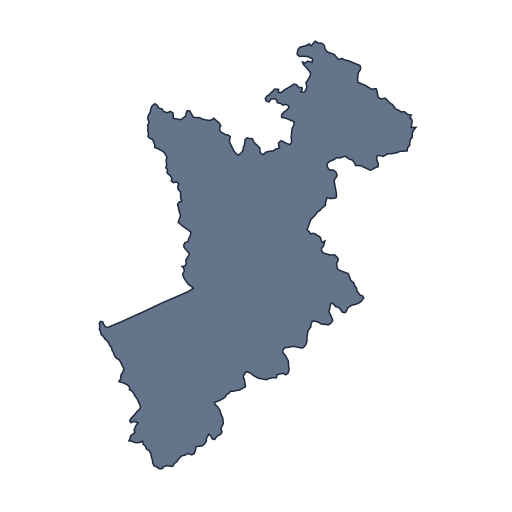 the district of Itaperuna, Rio de Janeiro, Brazil, rotated 93°
{"feature_id": "56859067B34570142953070", "entity_name": "Itaperuna", "entity_type": "district", "adm_level": 2, "iso_a3": "BRA", "parent_name": "Brazil", "parent_adm1": "Rio de Janeiro", "projection": "robinson", "projection_center": [-41.922, -21.215], "detail": "fine", "context": "isolated", "style": "filled", "palette": "slate", "viewbox_px": 512, "rotation_deg": 93, "n_neighbors": 0, "source": "geoboundaries", "source_scale": "gbopen_adm2", "svg_char_len": 6097}
<svg xmlns="http://www.w3.org/2000/svg" viewBox="0 0 512 512"><g transform="rotate(93 256 256)"><path d="M92.6,139.4L91.0,142.4L85.7,143.5L82.6,144.8L83.4,149.4L80.0,155.5L77.1,163.5L74.4,163.8L67.8,163.5L65.6,162.1L63.2,161.2L60.3,162.1L56.2,173.8L55.5,177.8L54.2,180.4L55.4,184.0L50.6,188.4L48.6,195.0L47.1,196.9L45.0,198.0L41.9,199.0L40.0,201.6L40.1,204.8L38.4,208.2L43.3,212.1L41.3,214.1L42.9,216.2L45.3,223.2L47.7,224.9L50.1,225.3L52.6,225.4L54.4,223.1L54.0,218.9L54.1,214.6L55.2,212.5L56.0,209.9L59.7,210.0L58.7,214.7L60.7,216.7L59.8,219.8L62.1,218.8L67.9,213.0L70.6,211.0L73.2,211.4L77.9,213.6L80.2,215.2L84.9,214.0L87.8,215.0L90.0,216.6L89.8,219.8L87.5,218.6L85.4,218.9L85.4,222.3L82.9,224.4L82.3,227.2L84.7,230.2L88.0,235.4L91.4,239.5L91.6,242.2L88.4,242.2L88.3,246.1L90.8,248.1L92.3,249.8L94.4,251.2L95.6,253.4L98.2,255.0L100.7,254.0L101.5,251.0L98.5,249.2L98.0,246.1L99.2,243.3L101.7,242.9L102.5,239.1L104.0,237.1L103.1,234.7L103.7,232.0L105.7,230.8L108.7,232.9L111.0,236.0L113.9,237.9L116.3,237.6L116.9,233.3L120.0,225.0L123.7,225.1L126.2,226.5L129.3,226.8L135.7,227.1L140.5,226.3L143.0,227.8L142.1,231.0L139.5,236.9L141.9,239.5L144.7,239.1L147.0,238.3L148.2,242.0L150.2,244.4L150.6,247.8L151.8,251.6L154.4,254.1L153.1,256.6L151.1,257.6L148.0,257.8L145.7,260.2L143.8,262.7L141.7,264.4L139.1,265.7L139.0,268.7L138.5,271.3L140.5,273.0L145.7,273.4L148.3,274.4L151.2,274.6L153.4,275.8L156.1,278.8L154.9,281.1L152.6,283.3L143.2,288.6L138.2,287.9L136.5,290.3L136.6,292.7L135.4,294.5L134.3,297.2L132.4,298.8L129.8,299.0L127.9,298.0L125.4,299.3L122.2,303.5L120.5,305.3L122.0,306.8L123.0,309.2L122.8,312.6L122.0,317.0L120.7,319.5L121.0,322.8L120.6,325.9L114.6,329.7L114.4,332.3L117.1,333.3L119.8,333.5L123.8,338.0L122.8,346.0L120.6,345.9L117.3,346.5L116.1,349.2L117.5,352.0L116.5,356.0L114.3,357.2L113.1,361.1L110.8,362.4L109.2,364.9L111.5,367.7L115.1,368.8L118.5,369.3L121.0,370.9L124.5,371.4L128.1,369.7L131.1,371.1L133.4,370.6L136.7,370.6L139.8,369.7L142.1,370.2L144.0,368.4L145.0,365.4L150.4,362.9L152.9,362.9L154.0,359.5L155.7,356.0L157.1,353.5L159.0,351.9L162.3,350.1L164.4,350.7L167.0,350.6L169.3,349.9L172.5,350.7L174.7,348.8L177.5,349.3L180.6,345.6L182.9,344.1L185.5,344.6L187.1,342.3L186.2,339.2L188.0,336.9L190.4,337.8L193.2,337.5L196.0,334.8L202.4,334.2L205.0,333.0L206.2,335.7L208.6,337.1L211.5,336.0L214.3,335.5L217.4,334.2L219.9,333.5L226.5,335.5L230.9,329.5L233.7,324.9L235.4,322.4L238.4,322.5L242.7,324.3L245.1,324.5L246.5,327.8L249.2,328.8L251.3,328.2L257.4,322.5L260.3,324.0L262.6,325.5L264.8,325.8L267.0,325.2L269.7,326.4L270.3,329.3L272.1,327.6L274.7,326.7L277.7,328.3L280.6,327.4L283.0,325.9L288.1,321.9L289.7,319.1L291.5,316.8L295.6,322.9L308.3,348.4L316.4,363.3L328.4,386.5L335.3,400.7L333.9,403.4L332.0,404.7L329.8,405.6L329.4,407.9L331.4,409.0L334.7,408.3L337.4,408.6L339.7,407.2L342.5,406.6L344.1,404.4L346.7,402.6L349.0,399.8L351.0,398.3L352.9,397.5L355.3,395.4L357.7,394.8L359.9,393.3L362.5,392.4L365.3,390.3L366.8,387.3L368.5,386.0L376.0,381.9L378.7,382.9L381.9,384.6L385.9,384.8L388.6,386.3L389.4,382.7L390.8,379.1L392.3,376.4L394.2,375.3L396.2,375.4L397.2,373.1L399.4,371.0L402.3,369.4L404.8,367.3L411.1,364.0L413.2,363.4L415.3,364.3L417.5,366.7L420.3,368.5L424.6,372.3L427.0,373.5L429.0,372.3L427.6,369.1L428.7,365.2L431.7,367.0L436.4,368.7L438.3,367.6L440.3,369.5L442.1,371.8L444.8,372.1L447.3,373.3L447.4,370.6L448.6,367.5L448.7,364.6L448.1,361.7L446.8,359.7L449.9,358.8L451.9,356.3L454.5,355.4L456.1,352.5L458.7,350.7L461.1,350.3L465.2,348.8L468.2,348.3L470.9,346.8L471.9,344.0L473.6,341.4L473.2,338.3L471.3,337.4L469.9,333.3L470.5,330.7L470.4,328.1L467.4,326.7L465.9,324.7L462.3,322.3L459.3,319.6L458.9,316.9L457.2,314.6L457.1,312.0L458.0,309.7L456.4,307.3L453.0,306.2L449.5,306.0L448.4,299.7L446.2,297.4L443.3,295.8L441.2,296.1L436.5,293.9L438.0,291.5L440.8,290.4L441.4,287.6L439.4,286.5L437.5,284.8L436.0,282.1L433.5,280.7L430.4,282.0L427.6,281.1L425.0,279.8L419.2,280.8L416.5,282.3L411.5,284.2L408.6,286.4L406.5,289.0L404.5,289.9L401.9,284.3L400.1,281.4L398.1,279.0L396.1,278.4L394.5,275.8L392.4,274.4L392.3,271.5L391.3,268.6L390.7,265.3L387.0,259.6L380.0,261.2L376.8,262.5L372.1,259.9L372.6,257.1L373.7,254.6L375.4,252.5L378.0,247.1L379.0,239.2L377.5,236.1L376.6,232.6L376.6,229.4L373.4,228.5L372.6,226.1L371.8,222.8L373.1,220.1L371.3,217.8L368.6,217.1L366.4,217.1L364.4,217.7L359.2,218.2L353.2,221.9L350.8,224.2L348.3,224.1L346.0,222.4L345.5,218.3L344.6,216.1L344.4,212.6L345.6,204.9L343.5,202.6L341.2,201.3L338.5,200.6L335.0,200.9L328.6,200.3L326.1,199.0L324.1,197.6L321.0,197.4L318.0,196.3L318.1,193.1L319.1,189.7L320.6,187.1L320.6,183.9L321.0,180.0L319.1,177.7L316.6,176.0L314.0,176.9L307.3,180.4L304.8,179.5L301.7,179.4L299.1,178.4L300.1,175.7L302.4,173.9L302.9,171.2L304.4,169.3L307.6,166.9L307.9,163.7L302.7,161.3L300.8,158.8L299.7,156.6L299.0,153.8L297.6,150.8L295.8,148.5L292.1,146.2L290.3,147.5L289.6,150.0L285.9,153.3L282.9,153.9L280.2,156.0L277.6,157.0L275.6,159.9L268.8,162.9L265.7,172.5L264.0,174.3L258.6,175.1L256.7,173.9L254.4,173.8L252.5,175.4L250.7,177.7L251.1,180.3L250.9,183.1L249.4,189.1L247.0,190.9L244.7,190.9L242.9,189.2L237.4,188.0L238.9,190.6L237.0,191.8L234.0,192.6L231.0,197.7L230.3,200.1L231.0,202.8L228.9,204.1L227.2,206.4L217.2,203.3L214.9,201.6L212.8,199.5L208.7,196.8L207.1,194.5L204.5,192.4L201.8,189.4L198.5,189.3L193.9,188.0L194.8,185.2L194.3,181.0L193.3,178.8L189.7,178.9L177.5,181.8L174.8,181.3L172.8,179.7L170.7,179.3L167.9,180.6L166.1,183.5L166.1,187.4L163.7,189.1L160.3,190.0L157.6,187.3L155.9,183.6L153.6,180.5L153.8,177.5L151.6,172.4L154.2,168.3L155.2,164.9L157.4,162.9L160.4,161.3L160.4,155.6L161.7,153.0L164.4,146.2L161.6,141.4L160.4,138.7L157.2,138.8L153.9,140.2L151.6,140.7L149.2,139.9L149.3,136.9L149.9,134.2L148.3,131.8L146.8,129.1L146.8,125.9L145.3,120.2L144.0,117.8L143.2,110.6L139.9,110.3L137.4,108.3L134.6,108.4L131.5,107.9L129.6,106.2L124.8,106.3L121.9,105.1L119.2,103.0L119.5,107.8L113.6,107.1L111.1,107.7L110.2,109.8L107.2,108.2L106.6,111.9L104.1,115.4L104.5,118.7L103.0,120.9L102.1,124.0L97.6,127.7L96.4,130.1L91.6,135.1L92.6,139.4Z" fill="#64748b" stroke="#1e293b" stroke-width="1.5"/></g></svg>